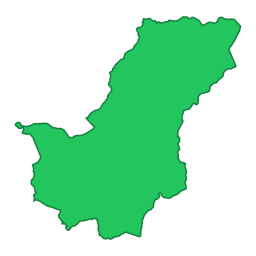 the district of Huitzilan de Serdán, Puebla, Mexico
{"feature_id": "50627088B1220406486190", "entity_name": "Huitzilan de Serdán", "entity_type": "district", "adm_level": 2, "iso_a3": "MEX", "parent_name": "Mexico", "parent_adm1": "Puebla", "projection": "albers", "projection_center": [-97.714, 19.944], "detail": "fine", "context": "isolated", "style": "filled", "palette": "green", "viewbox_px": 256, "rotation_deg": 0, "n_neighbors": 0, "source": "geoboundaries", "source_scale": "gbopen_adm2", "svg_char_len": 5768}
<svg xmlns="http://www.w3.org/2000/svg" viewBox="0 0 256 256"><path d="M61.9,223.7L62.4,223.8L63.7,223.7L64.7,223.9L66.8,225.4L67.2,225.9L66.5,226.1L65.8,226.8L66.0,228.2L66.5,229.2L66.9,229.6L68.8,230.2L70.1,229.0L71.0,227.4L71.7,226.7L72.7,226.1L75.3,225.6L77.7,223.5L79.0,221.9L80.7,220.8L83.1,220.6L84.4,220.8L85.1,220.2L87.7,219.9L89.6,219.0L90.2,219.0L91.3,219.4L91.8,219.4L93.6,218.6L95.0,218.7L95.9,218.5L96.8,219.1L96.9,219.4L97.9,223.1L97.9,223.6L98.4,225.1L98.6,226.2L98.1,227.9L98.2,229.2L98.4,230.4L99.2,232.5L99.2,234.8L99.9,235.4L100.8,235.5L103.4,238.1L104.1,238.6L105.6,238.9L106.6,238.5L107.9,238.3L110.1,239.1L111.3,238.9L113.0,238.1L113.2,237.8L114.0,237.4L118.7,235.9L119.6,235.9L120.1,235.2L120.8,234.6L121.9,233.9L123.6,233.4L125.4,232.0L139.2,236.6L139.9,236.6L140.4,236.1L140.8,234.3L140.5,232.7L140.9,232.0L140.7,231.0L140.9,230.6L140.7,230.2L141.8,227.3L141.7,225.4L142.4,222.3L142.4,220.5L142.1,220.1L142.2,219.8L142.7,219.4L143.2,218.5L144.1,215.4L147.5,211.2L149.5,210.0L150.9,209.6L151.6,209.0L152.1,208.1L153.3,206.9L153.4,205.0L154.1,202.0L155.0,200.3L155.4,199.7L155.9,199.3L157.3,199.0L158.2,198.3L159.5,196.7L159.7,195.6L159.3,195.0L158.8,194.6L158.8,194.3L159.1,193.0L159.8,192.6L160.4,192.7L161.0,193.6L161.2,194.4L162.8,196.6L163.7,197.4L164.1,197.6L166.5,197.7L168.4,198.2L168.9,198.2L170.3,197.9L170.6,197.5L171.2,197.3L171.7,196.7L172.5,196.6L172.9,196.0L174.9,195.3L177.6,194.0L180.7,191.2L181.6,190.6L183.6,190.0L186.1,188.8L186.2,188.1L186.1,186.7L185.0,182.2L185.6,180.7L186.0,180.3L186.4,179.2L186.0,177.1L185.8,174.2L186.4,172.5L186.0,169.4L185.3,168.1L184.9,166.9L184.8,165.9L185.2,164.7L185.5,164.2L185.5,163.8L183.5,162.6L181.1,162.3L179.8,161.4L178.3,158.4L178.3,155.3L177.7,152.7L177.6,151.1L178.8,150.5L179.4,150.0L179.6,149.6L179.5,148.8L179.0,147.2L179.0,146.6L178.5,145.3L178.0,144.6L177.9,143.7L178.2,143.5L178.5,142.7L179.3,141.5L179.5,141.5L179.6,140.2L179.6,138.8L179.3,137.6L179.0,137.2L177.6,136.8L178.0,136.2L177.7,134.7L178.0,130.8L179.1,128.8L180.3,126.2L182.2,123.0L183.0,121.2L182.2,119.5L181.9,117.2L181.9,116.1L182.6,114.6L183.8,110.7L184.5,110.2L187.7,109.3L188.5,109.3L189.2,109.0L190.0,108.4L193.2,103.5L194.0,103.4L196.3,104.6L196.9,104.6L198.0,103.1L198.5,100.4L198.2,98.8L198.3,97.4L198.5,96.4L199.2,95.4L200.9,93.7L207.7,92.0L209.0,91.4L209.6,89.9L210.2,86.8L210.7,85.8L212.2,84.7L212.8,83.9L214.1,82.9L214.8,83.0L216.7,82.5L217.2,81.6L219.4,79.2L222.5,76.8L223.1,75.7L223.7,72.5L224.9,70.9L227.8,68.9L228.7,68.7L230.8,68.9L231.4,68.7L233.5,67.4L234.7,67.2L235.9,66.0L228.8,49.4L234.1,41.3L239.4,31.0L240.6,26.0L239.0,24.9L238.1,23.4L236.4,22.1L235.2,20.2L234.1,19.4L233.0,19.2L225.3,19.2L223.8,18.5L222.5,17.7L221.5,17.3L219.2,17.8L218.7,18.4L217.1,21.6L216.7,22.2L215.7,22.9L215.0,23.1L213.1,22.9L211.9,22.7L210.7,22.2L209.5,22.2L208.6,22.5L205.2,24.4L203.4,25.2L202.4,25.1L201.5,24.4L199.6,21.4L198.6,20.2L194.3,17.9L192.2,17.3L190.4,18.6L189.9,18.8L189.1,18.6L188.4,18.2L187.3,17.1L183.2,16.9L177.7,20.6L176.0,21.0L174.1,20.9L173.0,21.1L170.7,20.4L169.6,20.3L168.5,20.6L168.1,22.0L165.8,21.7L164.9,22.3L163.4,22.3L162.0,23.0L160.3,23.0L159.2,22.1L158.2,22.0L157.7,22.1L157.1,22.9L156.5,23.0L155.9,22.4L155.9,21.4L155.5,21.0L154.2,20.7L153.4,21.0L152.8,20.9L150.0,18.7L148.6,18.6L145.1,19.4L144.5,19.2L144.0,18.6L143.2,19.3L143.4,22.1L142.9,22.2L142.4,22.1L142.9,23.5L142.5,25.3L141.3,26.6L140.3,27.3L138.5,27.8L137.6,27.7L136.8,28.8L136.5,29.6L137.6,32.0L138.6,33.2L138.6,34.0L138.2,34.8L138.3,35.4L139.2,36.5L139.4,37.2L138.8,39.0L138.2,40.0L138.1,40.6L138.3,41.9L136.9,43.0L136.8,43.5L135.6,44.5L134.5,45.7L134.4,46.7L133.8,47.2L133.2,48.7L131.9,49.7L129.0,50.8L126.9,52.2L125.3,53.5L124.8,54.6L124.8,55.3L124.5,55.7L123.9,57.5L123.8,58.3L123.5,58.8L120.7,59.6L119.7,60.7L119.1,61.6L116.5,63.7L115.9,64.5L115.2,65.0L114.5,67.1L112.8,68.5L112.6,69.3L112.7,70.2L112.4,70.6L111.9,71.3L111.3,71.5L110.0,72.3L109.8,73.1L110.6,75.7L110.5,78.0L110.1,78.6L110.1,79.5L109.6,82.1L108.7,82.6L108.9,83.7L108.7,85.1L109.5,85.7L110.2,86.5L111.6,89.0L111.8,89.9L110.6,92.1L108.2,94.8L107.7,95.9L107.6,97.2L107.2,99.0L106.4,99.7L105.4,101.2L102.8,104.0L102.5,104.6L102.4,105.1L101.5,106.1L100.6,107.8L99.8,108.7L98.0,109.8L94.3,110.7L93.1,111.8L91.6,112.6L90.9,113.2L90.0,114.2L88.4,116.7L86.2,118.2L91.9,124.5L94.6,127.2L92.0,129.7L85.5,133.8L83.4,134.7L81.2,135.4L76.4,135.6L74.2,136.2L73.8,136.7L72.8,137.4L72.2,137.6L70.8,137.6L68.7,137.1L67.3,134.5L65.9,132.9L64.6,130.9L63.6,129.8L61.3,128.7L60.6,128.5L59.2,128.5L58.6,128.8L52.5,127.4L47.7,123.7L46.6,123.7L45.8,123.3L45.1,123.3L44.9,123.4L44.5,123.3L44.0,123.6L42.4,123.3L41.8,123.5L40.8,123.6L35.4,123.7L33.9,123.8L30.9,125.5L26.8,126.5L25.0,126.4L21.6,125.6L20.4,124.3L20.4,123.5L20.1,123.0L19.5,122.6L18.1,122.4L17.2,122.7L15.8,123.8L15.4,124.5L15.4,125.1L16.3,125.7L18.2,127.9L19.2,128.3L20.2,128.4L21.3,128.0L22.3,127.4L22.8,127.4L23.2,127.8L23.6,129.1L23.6,129.9L22.5,132.0L22.4,133.1L22.9,133.5L24.9,133.6L25.7,133.9L26.1,134.2L28.9,133.9L30.1,134.1L31.3,135.8L32.9,137.1L33.4,138.1L33.6,139.9L34.6,140.8L34.9,142.6L35.6,144.4L36.8,146.8L40.7,156.7L40.0,159.2L38.4,161.6L36.8,162.8L36.2,162.9L35.0,163.8L32.6,164.9L33.6,168.3L33.5,170.3L33.3,171.1L33.4,171.9L34.5,173.2L34.6,173.9L34.2,174.4L33.9,177.6L31.8,179.8L31.5,180.4L31.5,181.5L31.2,182.9L31.3,183.9L31.8,184.8L32.7,185.5L33.5,186.3L34.4,187.8L34.9,189.0L35.1,191.5L35.9,193.0L35.9,193.5L34.4,194.3L33.9,194.7L33.8,195.1L34.2,196.4L34.3,198.4L34.1,200.8L34.8,200.2L35.5,200.1L36.4,200.0L37.8,200.2L38.7,200.8L40.5,201.5L42.6,203.0L48.0,206.4L49.4,206.6L50.4,206.4L51.1,206.5L51.3,207.3L52.8,207.5L57.2,209.3L60.8,210.2L60.7,211.4L59.0,214.2L58.8,215.8L58.9,217.3L61.3,220.0L61.6,221.2L63.2,221.9L62.9,222.6L61.9,223.7Z" fill="#22c55e" stroke="#15803d" stroke-width="1.5"/></svg>